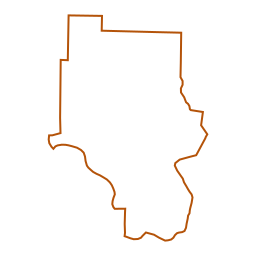 Suong, Kâmpóng Cham, Cambodia
{"feature_id": "14789045B38579043699955", "entity_name": "Suong", "entity_type": "district", "adm_level": 2, "iso_a3": "KHM", "parent_name": "Cambodia", "parent_adm1": "Kâmpóng Cham", "projection": "robinson", "projection_center": [105.675, 11.93], "detail": "fine", "context": "isolated", "style": "outline", "palette": "amber", "viewbox_px": 256, "rotation_deg": 0, "n_neighbors": 0, "source": "geoboundaries", "source_scale": "gbopen_adm2", "svg_char_len": 1402}
<svg xmlns="http://www.w3.org/2000/svg" viewBox="0 0 256 256"><path d="M181.2,32.7L155.9,32.1L101.7,30.7L102.0,15.9L68.6,15.4L67.8,60.2L60.7,59.9L60.1,117.8L60.5,133.1L57.2,134.0L52.4,135.3L49.1,135.4L48.7,139.5L49.3,143.2L51.5,146.8L53.4,148.8L55.4,146.4L57.6,145.4L61.9,144.7L65.5,144.8L68.4,145.3L71.9,146.2L77.0,147.7L81.0,150.0L83.7,152.7L85.0,156.5L85.6,161.1L86.9,165.6L88.3,167.6L90.8,169.9L93.1,171.9L96.5,173.8L99.9,175.3L103.3,177.3L106.9,179.5L109.9,182.4L111.8,185.2L113.2,188.3L114.5,191.9L114.8,194.4L113.5,197.8L112.6,201.1L112.3,204.2L113.4,207.1L114.7,208.8L125.2,208.7L125.0,213.0L124.7,224.1L125.0,232.8L124.6,236.2L126.7,236.9L130.5,238.3L133.7,239.2L137.9,239.0L141.0,237.7L142.5,235.9L145.9,232.5L154.0,234.7L158.9,237.6L165.1,240.6L168.0,240.3L171.2,239.5L173.4,237.7L175.0,235.1L177.0,233.2L178.8,232.6L182.2,232.1L184.5,231.0L186.0,227.8L186.6,223.8L187.7,218.7L188.1,215.6L189.5,213.3L189.8,210.3L190.2,208.3L191.6,202.9L192.5,197.4L191.6,194.4L189.5,191.6L187.9,189.0L186.5,186.5L184.0,182.3L182.8,178.6L180.8,175.8L177.2,170.6L174.8,165.6L175.3,163.1L179.7,159.6L190.3,156.7L196.2,155.2L205.3,138.3L205.7,137.1L207.3,134.3L201.1,125.3L202.9,112.0L190.8,110.1L189.9,109.2L189.4,106.1L188.1,103.9L186.1,102.3L185.2,100.0L184.2,97.3L182.6,94.9L181.0,92.5L180.9,88.4L182.6,84.8L182.6,81.0L180.5,77.2L180.8,62.7L181.2,32.7Z" fill="none" stroke="#b45309" stroke-width="2"/></svg>